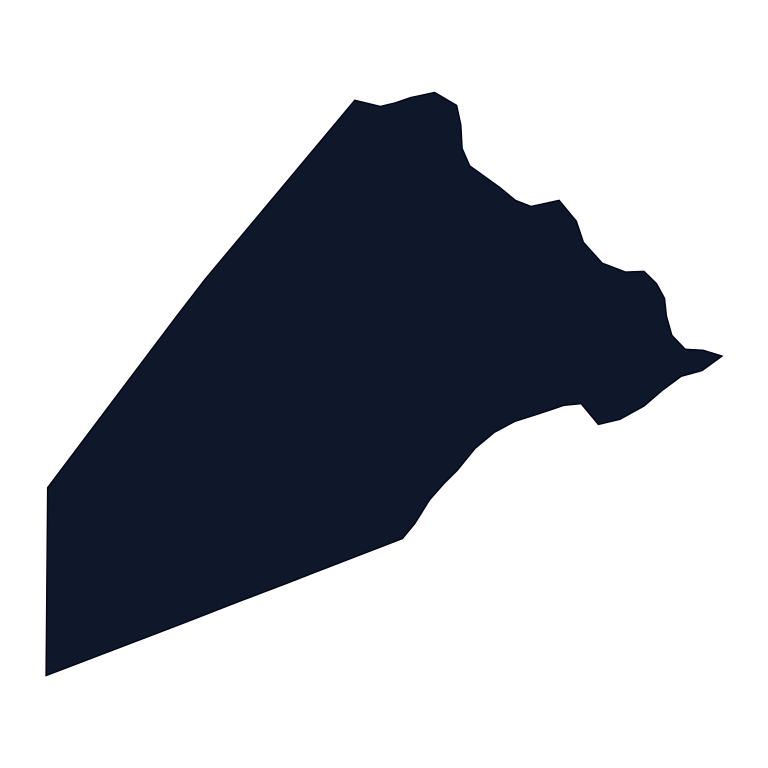 Piúma, Espírito Santo, Brazil (Mercator projection)
{"feature_id": "56859067B20948512760895", "entity_name": "Piúma", "entity_type": "district", "adm_level": 2, "iso_a3": "BRA", "parent_name": "Brazil", "parent_adm1": "Espírito Santo", "projection": "mercator", "projection_center": [-40.744, -20.839], "detail": "fine", "context": "isolated", "style": "filled", "palette": "ink", "viewbox_px": 768, "rotation_deg": 0, "n_neighbors": 0, "source": "geoboundaries", "source_scale": "gbopen_adm2", "svg_char_len": 740}
<svg xmlns="http://www.w3.org/2000/svg" viewBox="0 0 768 768"><path d="M354.8,100.3L205.1,279.3L177.0,315.8L47.7,487.6L46.1,675.5L182.1,623.6L235.4,602.8L289.3,582.3L313.0,573.0L402.4,538.5L414.8,523.5L429.5,499.9L444.2,483.2L457.3,470.2L475.1,448.3L494.3,432.3L514.7,421.4L540.3,413.2L563.9,405.3L581.1,403.6L598.4,424.4L619.8,419.3L644.0,406.0L662.2,390.3L681.1,376.3L702.1,370.5L721.9,356.1L703.1,350.3L685.2,349.3L671.8,335.3L666.4,316.1L664.5,298.4L656.5,283.7L644.0,271.4L625.5,272.1L602.2,263.2L583.4,242.4L576.3,221.2L559.1,200.4L531.0,206.5L515.4,200.4L500.0,187.7L469.7,165.9L462.1,148.5L460.8,124.9L456.6,105.4L434.6,92.5L410.7,97.6L395.0,103.0L380.3,106.5L354.8,100.3Z" fill="#0f172a" stroke="#020617" stroke-width="1.5"/></svg>